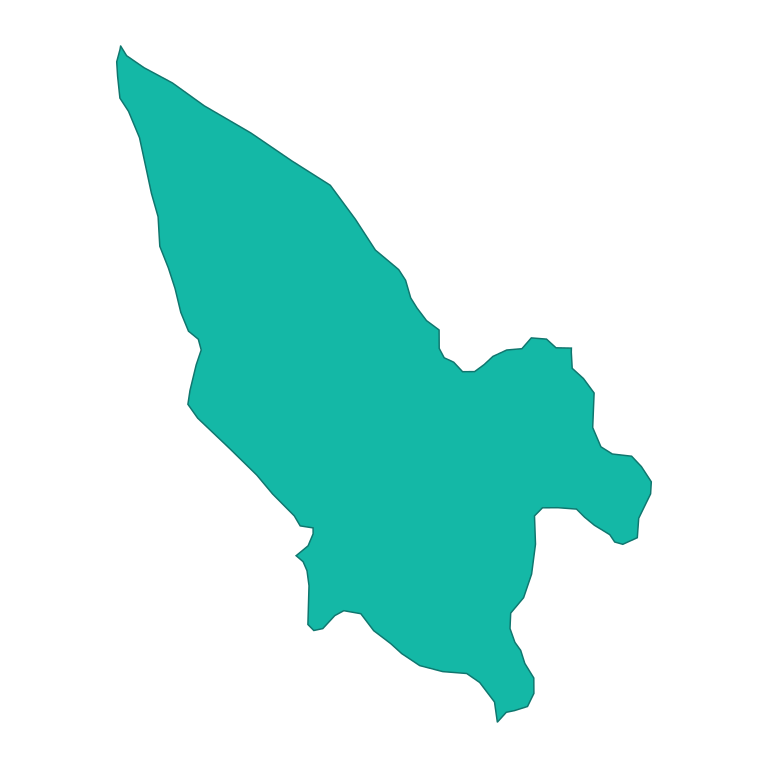 Hudiksvall, Gävleborg, Sweden
{"feature_id": "70781695B16992576360669", "entity_name": "Hudiksvall", "entity_type": "district", "adm_level": 2, "iso_a3": "SWE", "parent_name": "Sweden", "parent_adm1": "Gävleborg", "projection": "albers", "projection_center": [16.842, 61.831], "detail": "fine", "context": "isolated", "style": "filled", "palette": "teal", "viewbox_px": 768, "rotation_deg": 0, "n_neighbors": 0, "source": "geoboundaries", "source_scale": "gbopen_adm2", "svg_char_len": 1514}
<svg xmlns="http://www.w3.org/2000/svg" viewBox="0 0 768 768"><path d="M120.6,46.1L120.0,49.5L116.7,61.8L117.6,76.2L119.9,98.1L128.5,111.3L139.5,137.7L146.8,171.6L151.4,193.2L158.1,216.8L159.8,246.3L168.4,268.0L175.1,288.7L180.8,312.4L188.5,331.2L198.3,339.2L201.2,350.0L196.2,364.8L190.0,390.4L187.9,404.3L197.7,418.2L229.2,448.1L256.8,475.1L272.6,494.0L294.3,515.9L297.6,521.5L300.2,525.9L313.1,527.9L313.1,533.9L308.1,545.8L296.1,555.7L303.1,561.7L307.0,570.7L309.0,585.7L307.9,624.5L313.8,630.5L322.8,628.6L334.8,615.6L340.3,612.6L343.8,610.7L360.8,613.7L373.7,630.7L390.7,643.6L401.7,653.6L419.7,665.6L442.7,671.6L466.7,673.5L479.7,682.5L494.5,702.0L497.3,721.8L497.6,721.9L506.3,712.3L514.5,710.6L527.5,706.5L533.9,693.4L533.8,678.0L524.8,663.4L520.7,650.4L514.9,642.3L510.0,628.5L510.7,613.1L523.6,597.7L531.6,574.1L535.5,544.2L534.5,515.9L542.5,507.8L557.9,507.7L576.5,509.1L584.6,517.2L594.3,525.2L609.8,534.7L614.7,542.0L622.8,544.3L637.3,537.7L638.7,518.3L650.6,493.9L651.3,481.8L641.4,466.6L631.6,456.2L612.3,454.0L600.9,446.8L592.7,427.6L594.1,393.0L583.5,378.6L572.2,368.3L571.3,352.2L571.4,348.1L556.0,347.8L546.5,339.1L531.3,337.9L521.9,348.7L506.7,350.0L492.9,356.4L484.1,364.6L474.6,371.6L462.6,371.7L453.7,362.2L444.2,357.8L439.2,348.4L439.1,330.0L426.5,320.6L417.0,308.0L410.7,297.9L405.6,280.3L398.7,269.6L375.4,250.1L355.4,219.3L330.3,185.3L291.5,160.7L250.9,133.0L204.2,105.8L172.5,83.0L144.0,67.7L126.6,55.7L120.7,46.1L120.6,46.1Z" fill="#14b8a6" stroke="#0f766e" stroke-width="1.5"/></svg>